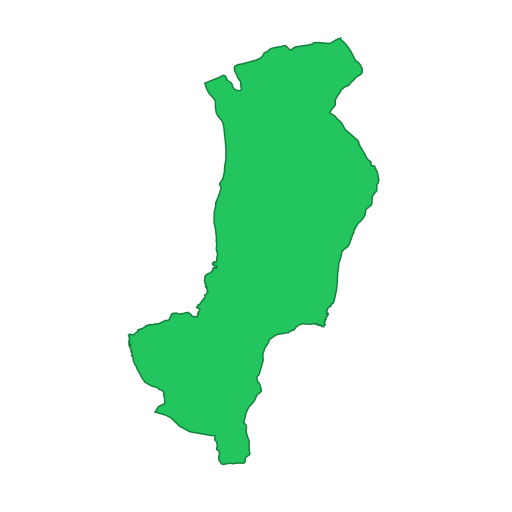 Aceh Tengah, Aceh, Indonesia, rotated 258°
{"feature_id": "22746128B89023327523654", "entity_name": "Aceh Tengah", "entity_type": "district", "adm_level": 2, "iso_a3": "IDN", "parent_name": "Indonesia", "parent_adm1": "Aceh", "projection": "orthographic", "projection_center": [96.82, 4.563], "detail": "fine", "context": "isolated", "style": "filled", "palette": "green", "viewbox_px": 512, "rotation_deg": 258, "n_neighbors": 0, "source": "geoboundaries", "source_scale": "gbopen_adm2", "svg_char_len": 6129}
<svg xmlns="http://www.w3.org/2000/svg" viewBox="0 0 512 512"><g transform="rotate(258 256 256)"><path d="M139.2,234.2L152.1,241.2L158.2,242.2L163.8,245.3L168.5,249.9L171.8,252.2L174.8,259.9L174.8,262.4L174.5,265.4L174.6,269.1L174.2,271.7L175.1,273.0L175.9,277.9L178.4,280.7L179.6,283.8L180.1,286.8L177.8,296.1L178.0,297.6L177.6,298.3L177.4,299.3L176.6,300.3L177.2,300.6L177.4,301.3L176.5,302.1L175.2,302.3L175.1,302.7L175.6,303.2L175.6,303.7L175.0,304.0L174.8,305.2L174.1,305.2L173.1,306.1L172.7,307.6L173.4,308.1L174.1,308.3L174.2,309.1L174.9,309.4L175.3,308.9L177.2,309.0L177.5,310.0L178.2,310.4L178.9,310.1L179.7,310.9L179.9,311.6L181.6,311.4L182.0,313.1L183.1,313.7L183.4,314.2L184.8,314.7L185.1,313.1L186.0,313.8L187.0,313.5L187.5,314.1L188.8,314.4L188.9,315.0L190.0,315.3L191.2,316.7L191.0,318.1L191.5,318.2L191.8,318.9L193.2,319.9L193.7,321.5L195.6,323.0L206.7,327.9L215.0,330.5L220.7,331.8L232.2,335.8L238.0,339.1L242.7,341.2L244.8,344.5L245.3,346.3L247.6,349.3L257.6,355.5L258.5,356.3L258.0,356.3L260.1,357.0L261.0,357.5L266.5,362.4L268.5,365.8L271.3,369.4L273.8,371.4L277.9,372.8L278.8,373.4L279.4,374.2L279.9,376.0L281.0,377.3L281.3,378.5L282.0,379.5L284.3,380.6L287.7,381.4L290.2,382.3L292.9,385.0L293.7,386.5L294.7,387.5L296.6,388.2L299.7,388.7L300.8,389.1L301.9,390.5L304.9,392.0L311.5,392.1L314.6,391.7L317.7,390.7L319.2,390.8L319.8,389.8L319.8,388.2L321.9,387.6L323.9,387.9L324.9,387.1L325.0,387.3L325.5,386.6L327.6,385.2L329.4,384.5L334.3,383.2L341.6,380.7L344.2,380.1L346.0,380.2L346.9,380.0L348.9,378.8L360.0,370.4L362.4,369.1L367.4,367.8L369.0,367.1L373.1,364.0L376.6,362.2L378.7,359.8L381.0,357.9L384.2,361.1L386.7,364.5L388.0,365.2L391.3,365.7L392.6,366.3L395.7,369.0L398.3,371.9L401.1,374.3L403.0,378.1L403.2,380.9L403.9,382.6L405.9,384.9L408.6,389.3L410.1,390.9L411.7,395.9L413.5,398.0L415.9,398.7L417.3,398.7L421.3,397.8L423.6,396.6L426.2,394.3L427.1,393.8L437.2,391.1L443.9,388.1L451.3,383.5L451.5,383.7L451.3,381.5L450.6,378.6L449.8,376.7L449.4,374.9L448.4,373.5L450.0,367.0L451.8,361.7L452.5,357.4L452.3,356.2L451.6,355.2L451.4,352.3L452.3,338.2L451.9,336.7L451.0,334.6L449.8,333.8L451.4,331.5L455.4,328.7L456.0,326.9L455.5,323.9L455.9,320.6L455.9,315.9L455.8,314.1L455.2,312.3L453.5,309.4L453.4,307.6L452.8,306.2L450.0,303.6L448.9,302.1L447.9,298.6L447.5,295.8L446.8,282.8L446.9,278.0L446.2,275.0L444.9,274.0L441.0,273.6L437.6,274.8L435.1,275.0L431.9,276.1L429.9,277.1L428.8,277.2L425.4,276.5L422.6,276.5L421.8,276.3L421.3,275.7L421.1,274.5L421.8,272.2L422.5,270.9L423.9,269.4L425.6,268.6L429.9,268.1L430.9,267.4L433.2,265.0L434.7,264.2L437.7,263.7L439.0,262.9L439.4,262.0L439.5,261.2L438.7,259.0L435.6,241.4L435.7,241.8L428.4,242.8L424.7,243.9L418.2,247.8L416.8,248.3L415.4,248.3L408.6,247.0L404.1,247.0L400.7,247.9L396.1,250.4L394.1,251.1L392.8,251.4L387.8,251.2L374.9,249.9L365.4,248.6L356.9,246.7L349.9,243.9L344.8,242.6L338.9,239.8L337.5,238.8L334.6,235.7L333.8,235.2L333.2,235.2L330.6,236.1L329.5,236.0L321.0,231.0L316.7,227.8L312.5,226.6L308.3,224.6L306.3,223.9L297.1,221.9L291.3,222.0L288.0,221.7L282.0,221.1L279.2,220.3L275.6,220.0L271.4,218.7L269.7,218.5L266.4,218.8L265.1,218.6L261.7,217.0L259.5,216.7L258.9,216.2L258.1,215.4L258.6,214.9L259.1,213.8L258.0,213.1L258.2,212.4L258.1,212.0L257.1,211.8L256.9,212.0L256.5,211.8L255.4,213.1L255.0,213.2L254.7,214.0L254.9,215.0L254.4,215.4L252.6,215.0L252.2,214.5L252.4,213.9L252.8,213.8L252.8,213.3L253.1,213.3L253.4,212.1L252.4,211.1L251.2,211.1L251.0,210.5L250.3,210.0L249.8,209.3L249.5,208.3L249.2,208.3L248.8,207.3L248.8,205.7L247.7,202.7L247.2,202.6L246.7,202.1L246.1,202.1L245.8,201.5L244.5,201.0L243.6,201.0L242.6,200.4L240.9,200.7L240.2,200.3L239.2,201.2L237.8,201.1L237.6,200.3L236.4,200.6L235.7,200.5L235.5,201.4L234.8,201.1L233.5,201.4L233.1,201.1L232.0,201.6L231.1,201.6L231.2,201.2L230.8,200.6L229.3,199.8L228.8,198.9L228.6,197.8L226.8,197.8L225.3,196.7L225.3,196.1L225.1,195.7L224.1,195.2L223.4,193.9L222.3,193.2L222.1,192.3L221.0,191.6L220.2,190.6L220.2,189.2L219.0,189.0L218.5,187.2L217.8,187.3L216.9,188.9L215.7,189.4L215.4,190.0L213.8,189.3L213.7,188.7L213.2,188.4L213.2,187.9L212.7,187.6L211.7,187.7L211.6,187.1L210.2,186.8L209.6,186.1L208.7,186.1L209.2,184.0L210.2,181.1L211.4,180.4L212.5,180.2L215.0,177.7L215.1,175.0L214.8,172.6L215.1,171.2L215.1,169.1L215.6,167.7L216.8,166.2L216.9,164.9L216.4,164.6L216.6,163.9L217.3,163.3L216.7,161.2L215.4,160.4L214.9,160.4L213.1,158.6L212.1,158.3L211.1,156.1L211.7,155.1L211.8,153.9L209.9,146.6L210.1,145.1L210.7,143.8L210.3,141.9L210.3,140.4L211.1,137.4L210.6,135.3L210.7,133.7L210.0,133.3L209.5,132.4L209.2,130.7L208.5,129.7L208.7,127.3L208.2,126.9L208.4,125.9L208.2,125.2L208.0,124.9L207.5,125.1L206.6,124.5L206.2,123.0L204.3,120.1L205.0,117.5L205.8,116.6L205.8,115.9L205.3,115.5L205.2,115.0L204.8,115.3L203.6,114.9L202.4,115.4L201.5,114.8L200.4,115.2L200.0,114.9L199.8,114.3L199.2,113.9L198.2,114.1L197.8,113.9L197.8,114.2L196.5,113.4L196.2,113.9L195.7,113.9L195.1,113.3L194.9,113.5L195.5,115.0L194.4,114.7L194.4,113.7L192.7,113.8L192.4,113.6L190.9,114.3L188.8,114.0L189.0,114.4L188.0,114.2L187.2,114.6L186.4,114.6L185.6,114.4L184.6,113.5L184.3,113.7L184.4,114.4L183.9,114.6L178.5,114.3L175.4,115.0L174.7,115.0L173.4,115.9L171.5,116.0L169.6,116.4L165.9,117.7L162.2,118.6L155.5,121.2L150.2,127.3L149.3,129.5L147.1,132.9L145.8,133.3L144.6,135.6L143.4,136.6L141.3,137.5L139.7,136.9L133.7,136.8L131.4,136.3L130.5,135.8L129.2,130.1L128.6,128.9L124.3,124.8L119.5,134.0L115.5,139.1L105.4,145.8L97.8,154.8L90.1,174.0L88.6,178.9L85.8,177.6L83.8,177.7L82.4,179.0L77.8,178.6L76.5,177.6L74.9,177.3L72.9,179.2L70.9,179.2L69.3,178.9L67.6,177.8L64.4,177.3L61.0,178.5L59.7,179.2L59.2,180.3L58.9,181.6L58.8,187.9L57.9,189.3L57.5,190.8L57.6,192.7L57.0,195.7L57.0,196.7L56.1,199.8L56.0,201.3L56.7,202.4L60.5,203.6L61.3,204.4L62.8,207.9L64.0,209.0L65.6,208.9L69.3,209.3L75.8,210.7L78.7,210.6L80.9,210.0L85.9,209.9L87.2,209.9L89.9,210.9L92.0,211.1L93.3,210.8L95.3,209.3L104.5,213.6L109.5,217.4L112.4,221.5L115.1,224.7L120.1,228.2L120.9,229.7L121.2,231.2L122.4,232.8L123.6,233.3L128.2,233.2L130.8,232.8L132.7,231.6L137.4,231.4L139.2,234.2Z" fill="#22c55e" stroke="#15803d" stroke-width="1.5"/></g></svg>